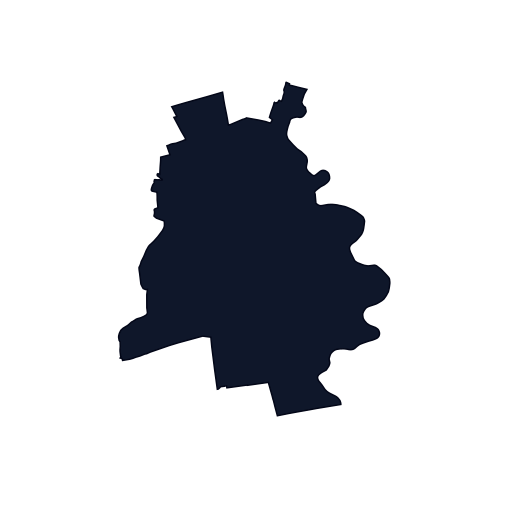 Gramesti, Botosani, Romania (Mercator projection), rotated 37°
{"feature_id": "2599482B6407705991691", "entity_name": "Gramesti", "entity_type": "district", "adm_level": 2, "iso_a3": "ROU", "parent_name": "Romania", "parent_adm1": "Botosani", "projection": "mercator", "projection_center": [26.148, 47.907], "detail": "fine", "context": "isolated", "style": "filled", "palette": "ink", "viewbox_px": 512, "rotation_deg": 37, "n_neighbors": 0, "source": "geoboundaries", "source_scale": "gbopen_adm2", "svg_char_len": 6149}
<svg xmlns="http://www.w3.org/2000/svg" viewBox="0 0 512 512"><g transform="rotate(37 256 256)"><path d="M208.9,419.2L210.8,418.5L212.3,419.7L215.5,416.3L217.3,414.4L219.2,411.9L221.0,409.0L222.1,407.6L223.7,405.4L226.1,401.4L227.5,399.8L229.3,396.5L240.8,379.4L246.2,372.0L261.6,352.1L268.8,348.0L275.3,355.1L291.7,372.0L305.3,385.7L306.0,384.9L306.3,383.2L306.4,381.7L309.3,378.9L309.2,378.7L310.6,377.4L312.1,378.8L326.7,364.3L326.9,364.5L341.9,349.5L353.2,358.1L356.2,360.5L356.4,360.5L361.8,364.9L369.2,370.7L376.5,362.5L382.2,356.3L391.6,346.2L396.1,341.3L413.1,323.5L412.7,323.0L412.0,322.3L411.2,321.7L410.5,321.2L409.6,320.8L406.9,320.1L405.2,320.0L403.9,320.1L397.9,321.2L396.4,321.4L394.4,321.5L392.8,321.3L391.4,321.1L386.5,319.4L383.2,318.5L382.0,318.3L381.2,318.0L380.1,317.5L379.1,316.8L378.6,316.4L378.2,315.8L377.8,315.1L377.7,314.6L377.6,313.9L377.6,312.9L378.2,310.6L378.9,308.7L380.3,305.7L380.7,304.8L380.7,304.6L380.5,300.8L380.4,299.9L379.7,297.8L379.4,297.2L379.1,296.7L376.8,294.7L376.3,294.1L376.0,293.6L375.6,292.6L375.1,291.3L374.7,290.0L374.5,288.5L374.6,287.4L374.7,286.5L375.0,285.2L375.2,284.5L375.6,283.5L376.1,282.8L376.6,282.0L379.0,279.6L382.0,277.2L384.9,275.5L386.3,274.9L387.3,274.3L388.2,273.7L389.6,272.2L390.2,271.0L390.4,270.6L391.1,267.1L391.9,264.4L392.6,263.2L394.1,260.8L397.0,256.5L399.8,252.8L401.5,250.0L402.2,248.5L402.3,248.0L402.4,247.2L402.4,246.4L402.3,245.7L401.9,244.6L401.4,243.7L400.9,243.1L400.5,242.7L399.3,241.9L398.3,241.4L397.7,241.2L396.7,241.1L394.5,241.2L389.0,242.8L387.8,243.0L384.9,243.1L381.7,242.4L380.5,241.9L379.4,241.4L378.7,240.9L377.6,239.8L376.9,239.1L376.4,238.4L376.1,237.9L375.7,237.1L375.4,235.9L375.2,234.7L375.1,232.6L375.1,231.9L375.3,230.8L375.6,230.0L375.9,229.3L376.6,228.1L379.6,223.8L380.8,222.0L381.5,220.6L382.3,218.7L383.3,216.2L384.0,213.4L383.9,209.7L383.8,208.7L383.3,205.5L383.3,205.1L382.0,202.1L381.0,200.2L379.4,197.4L378.5,196.2L378.0,195.7L376.6,194.2L375.7,193.6L374.0,193.1L371.4,192.6L365.5,191.6L363.9,191.4L359.1,191.3L358.1,191.3L357.0,191.6L356.3,191.9L355.7,192.4L354.4,193.7L351.8,196.2L350.9,196.8L348.2,198.2L345.8,199.0L341.1,200.3L340.1,200.4L338.4,200.5L337.2,200.2L329.3,196.2L327.7,195.1L326.9,194.5L325.9,193.4L325.3,192.3L325.2,191.7L325.1,190.9L325.1,190.0L325.2,189.1L325.5,187.7L326.6,184.1L326.8,183.0L327.0,180.6L327.0,180.3L327.2,176.7L327.2,175.1L327.0,174.0L326.7,172.6L326.1,170.8L325.4,169.3L323.7,166.2L321.9,163.1L321.5,162.6L320.5,161.8L318.8,160.8L318.0,160.5L317.5,160.4L315.4,160.3L310.6,160.4L307.6,160.6L306.5,160.7L302.5,161.6L298.9,162.5L297.1,163.1L292.8,165.1L292.5,165.4L292.3,165.4L290.4,166.2L288.6,167.2L285.7,169.0L284.3,170.1L282.5,171.6L280.8,173.4L278.5,175.9L277.6,176.7L276.9,177.2L276.2,177.5L275.4,177.8L274.8,177.8L272.9,177.9L272.2,177.9L266.0,171.0L264.8,170.2L264.2,169.4L264.4,167.6L265.0,165.1L265.7,162.7L265.8,162.1L267.7,158.0L267.9,157.3L268.6,154.7L268.8,153.0L268.8,152.0L268.7,151.3L268.4,150.4L268.2,149.9L267.1,148.5L266.2,147.7L265.2,146.9L264.2,146.4L263.3,146.1L262.0,146.0L260.9,146.1L259.7,146.3L258.3,147.0L257.5,147.7L256.8,148.6L256.3,149.8L255.0,155.0L254.8,155.8L254.5,156.3L254.0,156.9L253.6,157.2L252.2,157.5L251.2,157.5L249.4,157.3L248.3,157.3L247.3,157.2L246.5,157.0L245.1,156.5L244.3,156.2L243.3,155.5L242.9,155.0L242.3,154.1L240.3,150.1L239.7,149.2L239.0,148.4L238.2,147.7L237.3,147.0L236.3,146.5L235.4,146.2L234.7,146.1L229.5,145.5L224.5,145.7L223.7,145.6L218.7,144.9L212.5,143.7L211.4,143.4L210.5,143.0L208.6,141.7L207.7,141.0L207.2,140.4L206.5,139.5L205.6,137.9L204.6,135.7L203.5,133.0L202.2,128.6L201.8,128.0L201.6,127.4L201.4,126.2L201.5,125.2L201.7,124.7L202.5,123.3L203.3,122.3L204.9,120.5L205.8,119.9L207.3,119.1L207.9,118.7L208.6,117.9L208.9,117.5L209.2,116.8L209.6,115.3L209.6,114.8L209.6,112.8L209.4,111.4L209.3,110.9L209.1,110.5L208.6,109.9L206.1,107.8L206.0,107.6L203.8,107.6L202.0,107.0L200.0,105.7L198.8,102.7L197.1,97.6L196.4,92.3L188.1,95.9L182.5,98.2L179.7,99.5L179.1,98.3L175.6,99.1L175.5,99.3L176.2,100.7L176.7,101.7L177.9,105.8L178.4,106.8L179.8,107.9L180.6,109.3L181.3,111.5L181.9,112.9L182.5,114.0L183.2,116.9L183.2,117.1L183.1,117.3L182.4,117.5L180.8,117.7L180.7,118.2L180.9,120.8L180.0,121.2L179.9,121.6L179.9,121.8L179.6,122.1L178.3,122.1L178.3,123.1L178.6,123.3L179.4,125.5L181.6,132.5L183.3,137.2L187.1,137.3L187.6,141.1L185.9,141.8L182.7,142.9L180.7,143.8L176.0,146.0L165.2,151.5L165.0,152.2L164.1,153.7L163.2,154.8L156.5,166.4L155.1,168.0L150.8,163.9L147.2,160.6L140.2,154.4L135.7,150.2L132.9,147.4L130.7,145.3L120.9,158.4L107.6,175.8L102.8,182.2L98.9,187.5L100.3,188.1L108.8,192.2L108.2,193.2L107.0,194.7L121.4,201.4L128.4,204.3L129.8,205.5L128.9,206.6L128.3,207.9L126.4,210.8L124.3,214.0L121.6,216.8L120.6,218.1L119.6,220.0L118.5,221.6L126.4,226.9L120.4,234.4L122.5,237.3L125.9,242.6L130.0,248.7L128.1,249.3L127.9,250.0L128.1,250.5L128.5,251.0L129.1,251.3L131.3,251.2L132.6,251.4L133.4,251.4L134.2,251.2L135.0,251.3L135.3,251.6L135.1,252.0L134.6,252.6L132.7,253.4L131.8,254.2L130.8,254.9L129.3,255.8L129.1,256.1L129.1,256.5L129.4,257.0L129.8,257.9L130.4,258.4L130.8,259.1L130.7,260.4L130.8,261.4L131.1,262.6L131.7,264.4L132.3,265.8L132.9,266.5L133.6,266.7L134.0,266.7L138.4,264.7L139.6,265.9L141.3,268.0L143.5,270.9L148.3,276.1L148.6,276.6L148.5,276.8L147.7,278.0L146.8,279.5L146.8,280.1L147.0,280.6L148.0,281.4L149.2,282.9L150.4,285.4L150.8,285.6L153.7,285.7L161.6,283.3L163.0,284.8L164.8,287.2L165.5,289.1L166.0,291.9L166.0,294.8L166.0,299.7L165.5,305.8L164.8,309.9L164.5,311.2L164.4,313.0L165.0,317.4L166.7,324.0L167.7,329.5L168.9,332.6L168.9,333.1L169.1,333.4L169.3,334.9L169.6,335.8L171.0,337.4L173.9,340.3L181.0,347.7L183.3,348.9L185.5,349.9L186.9,349.5L187.8,349.3L188.7,348.8L189.4,348.0L192.1,352.7L200.0,363.1L203.5,366.7L203.9,368.1L203.8,369.2L202.8,371.7L201.1,374.7L198.9,377.6L198.2,378.9L197.7,380.5L196.9,382.6L196.3,383.7L195.9,386.0L195.6,387.5L195.2,389.0L194.6,390.4L193.3,393.7L192.8,396.5L192.9,397.5L193.3,399.5L193.6,400.5L194.4,402.4L195.2,403.6L197.4,405.7L199.2,406.4L202.0,409.9L203.8,412.7L205.0,414.2L208.0,417.3L208.8,417.7L208.9,419.2Z" fill="#0f172a" stroke="#020617" stroke-width="1.5"/></g></svg>